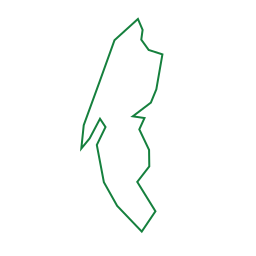 Saint Thomas, Natural Earth projection, rotated 257°
{"feature_id": "VIR-4868", "entity_name": "Saint Thomas", "entity_type": "state/province", "adm_level": 1, "iso_a3": "VIR", "parent_name": "United States Virgin Islands", "parent_adm1": "", "projection": "natural_earth1", "projection_center": [-64.931, 18.346], "detail": "fine", "context": "isolated", "style": "outline", "palette": "green", "viewbox_px": 256, "rotation_deg": 257, "n_neighbors": 0, "source": "natural_earth", "source_scale": "10m", "svg_char_len": 466}
<svg xmlns="http://www.w3.org/2000/svg" viewBox="0 0 256 256"><g transform="rotate(257 128 128)"><path d="M199.4,165.7L192.0,178.1L159.3,164.3L147.6,156.0L138.3,135.3L134.0,146.3L124.1,138.7L101.9,143.6L85.8,140.1L73.4,124.9L40.7,136.0L24.0,118.1L54.6,99.9L80.6,92.3L118.5,93.8L134.0,106.3L143.3,102.8L126.5,88.3L118.5,77.9L140.7,85.5L179.0,110.4L216.6,134.6L232.0,162.2L220.3,164.3L211.1,160.8L199.4,165.7Z" fill="none" stroke="#15803d" stroke-width="2"/></g></svg>